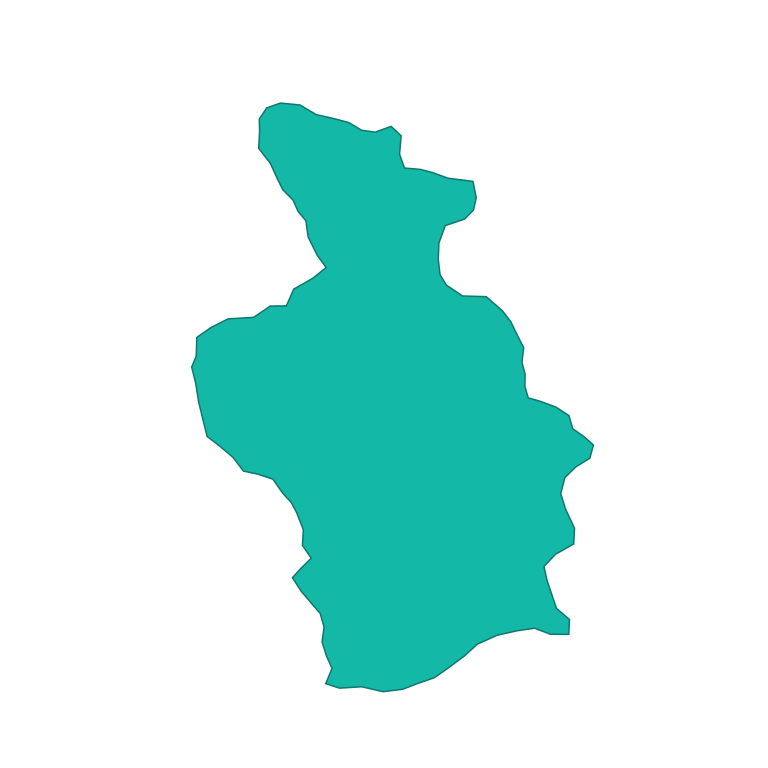 the district of Cajuri, Minas Gerais, Brazil, rotated 254°
{"feature_id": "56859067B26738784286925", "entity_name": "Cajuri", "entity_type": "district", "adm_level": 2, "iso_a3": "BRA", "parent_name": "Brazil", "parent_adm1": "Minas Gerais", "projection": "natural_earth1", "projection_center": [-42.758, -20.786], "detail": "fine", "context": "isolated", "style": "filled", "palette": "teal", "viewbox_px": 768, "rotation_deg": 254, "n_neighbors": 0, "source": "geoboundaries", "source_scale": "gbopen_adm2", "svg_char_len": 1543}
<svg xmlns="http://www.w3.org/2000/svg" viewBox="0 0 768 768"><g transform="rotate(254 384 384)"><path d="M554.2,525.4L564.3,502.0L573.5,489.4L580.2,478.3L586.0,463.2L600.6,462.3L617.9,468.9L629.7,461.8L628.5,444.9L634.1,432.4L645.1,422.1L652.6,409.5L661.7,393.0L675.4,380.1L682.6,361.9L681.7,347.3L673.0,337.1L661.7,334.2L645.1,328.5L627.3,335.6L611.7,337.9L598.7,340.2L585.7,347.3L573.5,349.0L562.4,353.9L546.3,351.6L526.1,355.3L511.9,360.5L505.2,344.5L500.1,323.4L486.0,311.7L490.3,296.2L484.0,277.1L489.6,252.0L486.0,233.2L480.4,216.9L462.6,211.2L453.3,203.8L436.7,203.2L417.9,200.9L398.9,200.1L382.3,199.5L370.5,208.3L355.1,218.6L339.0,224.9L332.3,237.5L323.2,250.9L306.8,256.6L295.3,262.3L284.2,264.6L266.2,266.3L251.3,261.1L236.6,266.0L229.9,253.7L223.1,242.6L207.7,247.2L193.3,253.7L181.1,259.4L166.9,259.4L153.2,253.4L138.5,253.7L125.0,255.7L112.0,245.4L103.9,257.4L99.1,279.1L88.5,298.2L85.4,317.9L86.8,333.3L87.8,351.6L93.3,367.3L100.3,386.1L108.2,402.1L111.3,423.5L110.1,444.1L107.7,461.5L97.6,474.9L92.4,492.6L106.5,497.4L120.7,488.0L136.6,487.2L150.3,486.6L164.5,487.5L173.1,502.0L178.0,522.3L192.9,527.4L213.8,524.0L229.9,523.7L244.1,532.0L251.5,545.7L255.9,561.4L267.6,568.5L278.0,561.9L289.0,553.1L302.7,553.1L314.5,542.8L324.1,529.7L330.9,518.8L342.9,518.8L354.4,522.3L366.9,522.6L380.4,528.3L395.3,525.4L408.8,523.1L421.7,518.0L439.8,506.3L447.0,483.7L461.9,471.2L473.7,468.0L489.1,470.6L504.5,475.7L519.4,486.6L520.3,506.9L526.6,518.0L537.6,524.0L554.2,525.4Z" fill="#14b8a6" stroke="#0f766e" stroke-width="1.5"/></g></svg>